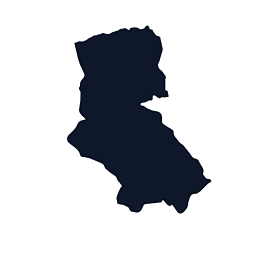 outline of Hovd, rotated 160°
{"feature_id": "MNG-3320", "entity_name": "Hovd", "entity_type": "Province", "adm_level": 1, "iso_a3": "MNG", "parent_name": "Mongolia", "parent_adm1": "", "projection": "mercator", "projection_center": [92.143, 46.988], "detail": "fine", "context": "isolated", "style": "filled", "palette": "ink", "viewbox_px": 256, "rotation_deg": 160, "n_neighbors": 0, "source": "natural_earth", "source_scale": "10m", "svg_char_len": 3793}
<svg xmlns="http://www.w3.org/2000/svg" viewBox="0 0 256 256"><g transform="rotate(160 128 128)"><path d="M76.0,216.9L74.9,216.9L74.4,215.5L74.5,214.7L74.6,214.2L74.7,213.7L74.3,212.9L73.7,212.4L72.3,211.8L72.1,211.3L72.1,209.7L71.7,208.3L71.2,207.1L70.9,205.7L70.4,204.7L68.2,203.1L67.5,202.2L69.0,190.9L69.4,189.8L76.4,180.3L78.3,178.5L78.7,178.2L79.2,176.9L79.3,174.6L79.0,172.4L78.3,171.1L77.4,169.8L75.8,164.3L75.7,163.3L76.0,162.6L77.0,161.3L78.3,157.7L78.7,156.8L79.2,154.9L79.6,154.0L80.3,152.3L80.7,151.2L80.7,150.5L80.2,149.8L79.5,149.5L79.0,149.1L79.1,147.8L79.5,145.7L79.6,144.4L80.4,144.4L82.9,145.0L85.1,146.0L86.2,146.0L87.2,145.9L88.1,145.9L88.9,146.6L90.2,148.7L91.0,149.7L92.1,150.5L93.1,150.8L94.0,150.4L94.5,149.8L95.2,148.0L95.6,147.2L96.0,146.8L96.7,146.6L97.6,147.3L98.2,147.5L102.4,147.0L107.3,147.7L107.9,147.4L108.7,146.6L108.9,145.7L109.0,144.5L106.2,142.8L103.8,139.3L100.4,136.2L97.7,134.3L96.4,133.7L95.4,133.0L93.9,131.8L93.1,130.5L92.8,129.3L92.8,128.3L92.9,127.2L93.2,126.1L94.7,122.1L94.8,120.5L92.7,117.2L88.1,111.5L87.2,110.0L87.2,109.1L87.3,108.4L87.5,107.8L87.8,106.9L87.9,106.0L87.8,104.7L87.6,103.7L85.3,96.8L84.7,95.5L84.0,94.5L83.3,93.7L82.4,91.9L79.6,83.7L78.3,78.9L77.9,78.1L77.6,77.5L76.6,76.4L76.0,75.8L74.4,74.6L73.8,74.0L73.6,73.2L73.5,72.5L73.4,71.3L72.6,66.9L72.3,65.5L72.1,64.0L72.2,62.8L72.6,61.6L73.9,59.6L74.1,58.9L73.9,57.9L72.7,54.1L72.3,53.2L71.6,52.7L69.4,51.6L69.0,51.2L68.7,50.7L68.6,50.3L68.7,49.7L72.3,49.0L82.4,44.3L85.8,43.6L89.1,44.4L90.8,44.3L92.3,43.7L94.2,42.1L97.5,37.7L99.5,34.1L100.6,33.1L103.9,31.0L105.5,30.4L106.7,30.2L107.8,30.4L108.7,31.0L109.2,31.5L109.6,32.4L111.9,41.2L112.6,41.6L113.2,41.7L114.0,41.3L114.6,41.2L115.4,41.3L116.4,42.4L117.1,43.8L118.3,47.3L118.9,48.6L119.6,49.2L120.4,49.1L122.0,47.9L122.5,47.6L134.7,50.6L138.4,51.5L140.0,50.8L141.5,49.4L142.9,47.8L144.6,46.5L145.9,46.1L146.9,45.9L148.6,46.3L149.0,46.4L149.2,46.6L149.4,46.8L149.8,47.1L152.5,48.6L153.2,49.3L153.4,49.6L153.5,49.9L153.6,50.2L153.6,50.5L153.8,51.8L154.0,53.0L154.2,53.6L154.3,53.8L154.5,54.3L154.7,54.5L155.5,55.1L157.6,57.4L158.4,58.0L161.4,59.7L162.5,60.5L162.9,60.9L162.9,61.1L163.0,61.4L162.9,61.6L162.9,61.8L162.8,62.0L162.7,62.2L162.5,62.6L162.5,63.0L162.4,63.5L162.4,64.4L162.4,64.8L162.3,65.2L161.8,66.3L160.7,67.9L156.7,72.2L155.0,73.7L152.5,75.2L153.9,79.9L154.7,81.7L155.0,83.5L155.1,84.9L155.1,86.3L155.5,87.2L159.5,92.8L162.5,98.1L162.6,100.7L162.7,101.5L162.9,102.4L164.2,104.3L166.8,106.7L173.8,113.2L178.5,116.2L180.8,117.3L181.3,118.1L181.5,119.1L181.4,120.4L181.4,121.8L181.8,123.6L182.4,125.4L184.3,128.9L187.3,133.4L188.5,135.9L188.5,137.7L188.2,138.6L187.3,139.9L185.9,141.0L179.0,144.1L176.1,146.0L172.4,149.5L170.5,150.1L169.5,150.3L166.0,149.9L165.2,149.8L164.5,149.8L164.0,150.2L164.1,151.2L164.5,152.1L166.6,156.3L167.1,157.9L167.4,159.4L167.3,161.0L166.7,162.3L162.9,169.3L159.7,177.4L159.5,178.2L159.9,180.7L159.9,181.6L159.4,182.4L158.5,182.9L158.1,183.6L156.9,186.3L156.2,187.2L155.4,187.9L151.6,190.2L150.7,191.1L150.1,192.2L149.8,193.9L150.7,204.4L150.5,210.1L148.7,225.2L148.7,225.5L147.9,225.5L147.2,225.3L146.6,225.3L146.0,225.3L145.3,225.5L144.3,225.4L143.3,225.0L141.5,223.9L141.0,223.9L139.9,224.1L139.4,224.1L137.9,223.9L134.0,225.0L131.8,225.1L128.6,225.8L128.0,225.8L126.5,225.2L125.9,225.1L124.3,225.3L123.7,225.3L122.2,224.8L121.6,224.8L120.0,225.2L119.1,225.0L116.3,223.0L115.2,222.4L114.1,222.2L113.0,222.1L111.8,222.2L109.9,222.6L104.2,222.3L103.4,222.4L102.0,222.8L101.3,222.9L98.0,222.1L97.6,222.1L97.3,222.3L97.0,222.3L96.6,222.0L94.4,219.2L93.8,218.8L93.1,218.8L92.5,219.2L92.0,219.8L91.4,220.3L90.8,220.3L87.5,219.6L85.3,218.4L84.8,218.0L84.1,216.8L83.7,216.3L82.5,215.7L81.0,215.4L79.5,215.3L78.3,215.5L76.0,216.9Z" fill="#0f172a" stroke="#020617" stroke-width="1.5"/></g></svg>